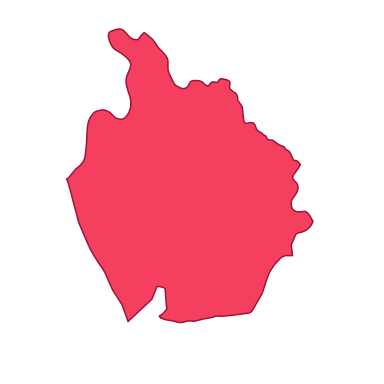 Can Gio, Vietnam (orthographic projection), rotated 15°
{"feature_id": "81297802B7702852417854", "entity_name": "Can Gio", "entity_type": "district", "adm_level": 2, "iso_a3": "VNM", "parent_name": "Vietnam", "parent_adm1": "", "projection": "orthographic", "projection_center": [106.861, 10.519], "detail": "fine", "context": "isolated", "style": "filled", "palette": "rose", "viewbox_px": 384, "rotation_deg": 15, "n_neighbors": 0, "source": "geoboundaries", "source_scale": "gbopen_adm2", "svg_char_len": 5798}
<svg xmlns="http://www.w3.org/2000/svg" viewBox="0 0 384 384"><g transform="rotate(15 192 192)"><path d="M67.6,211.9L70.7,216.2L71.8,218.3L73.3,220.7L75.7,224.7L77.5,228.1L78.9,230.5L80.0,232.5L80.8,233.9L81.6,235.3L82.0,236.0L82.6,237.1L82.8,237.4L83.6,238.7L85.3,241.6L87.2,245.0L88.1,246.7L90.9,251.4L100.7,263.8L104.4,268.5L104.6,268.7L108.4,273.4L113.6,278.7L118.9,283.6L122.6,286.8L126.0,289.6L128.0,291.6L129.0,292.6L130.7,294.8L140.5,307.0L153.6,319.0L163.8,333.6L181.0,306.0L182.7,292.3L185.2,291.8L189.3,291.6L190.9,292.3L191.7,294.3L196.7,308.6L197.5,309.9L197.8,311.1L197.5,312.4L196.4,314.9L195.5,316.8L193.4,319.5L192.6,320.0L192.6,320.4L193.0,320.8L194.4,321.8L199.2,322.2L207.7,321.5L211.5,321.5L213.7,321.3L215.5,320.9L217.3,320.0L220.0,318.4L222.3,317.3L223.5,317.2L224.5,316.6L225.8,316.5L226.8,316.6L227.5,316.4L229.2,315.4L236.1,311.6L243.5,308.1L245.7,306.7L246.7,306.0L248.0,305.5L249.2,305.2L252.0,304.6L254.9,303.6L257.6,302.6L267.7,298.7L268.8,298.2L274.3,295.8L275.8,295.2L277.7,294.5L278.7,293.9L279.4,293.4L280.0,292.6L280.9,291.1L281.3,289.7L281.7,288.3L282.2,286.2L282.4,285.6L286.1,271.5L287.0,254.9L287.9,248.4L290.5,240.6L295.0,232.3L298.4,229.4L305.6,227.4L301.5,217.4L302.8,208.9L303.1,206.8L303.7,205.6L304.1,204.9L305.1,204.1L308.2,202.5L310.0,201.2L311.9,199.5L313.5,197.6L314.5,196.0L315.0,194.9L315.5,193.8L315.9,192.6L316.1,191.7L316.3,189.7L316.4,189.1L313.6,186.1L312.5,184.9L310.7,183.4L308.2,181.9L306.2,181.5L304.9,181.8L303.0,182.7L299.8,183.6L298.1,183.9L295.8,183.6L294.4,183.1L293.3,182.1L292.1,180.7L291.4,179.2L290.8,177.2L290.4,175.1L290.5,173.3L290.7,173.0L290.9,172.6L291.5,171.0L292.2,169.0L293.2,165.8L293.6,163.4L293.6,161.7L293.2,160.0L292.5,158.3L291.7,157.3L290.8,156.3L287.8,154.6L286.5,153.4L285.8,152.4L285.4,151.4L285.3,150.9L285.4,150.2L285.7,149.0L286.0,148.1L286.3,147.4L286.9,146.0L287.5,144.4L288.0,143.0L288.4,142.1L288.7,141.1L289.0,139.9L289.2,139.0L289.6,137.5L289.2,137.3L288.7,136.8L288.0,136.3L286.7,135.5L286.0,135.1L285.4,134.9L284.9,134.8L284.4,134.8L283.9,134.8L283.4,134.9L283.0,134.9L282.5,135.0L282.1,134.9L281.8,134.7L281.5,134.5L280.4,133.3L279.2,131.9L277.6,129.8L276.9,129.0L276.3,128.4L275.7,127.9L275.3,127.7L274.4,127.3L273.7,127.1L273.0,127.0L272.3,126.9L271.8,126.6L271.2,126.3L270.3,125.5L269.5,124.8L268.9,124.5L268.3,124.3L267.7,124.3L266.6,124.3L264.3,123.9L262.9,123.5L259.4,122.3L258.1,121.7L257.2,121.3L256.5,121.1L256.0,121.1L255.0,121.4L254.1,121.6L253.1,121.7L252.5,121.7L251.8,121.7L251.4,121.5L251.1,121.3L250.6,120.9L250.1,120.4L249.8,119.9L249.4,119.3L248.7,118.8L248.1,118.6L247.4,118.5L246.9,118.5L246.6,118.5L245.8,118.1L244.6,117.4L243.6,116.9L242.8,116.6L241.2,116.2L240.0,115.9L238.9,115.3L238.0,114.6L237.0,113.0L235.9,111.7L235.1,110.6L234.6,110.0L233.9,109.6L233.2,109.5L232.3,109.4L231.3,109.6L230.6,109.8L229.7,110.2L229.0,110.6L228.2,111.0L227.2,111.4L226.5,111.6L225.6,111.5L225.0,111.3L224.5,110.9L223.6,109.6L222.5,107.1L219.9,100.2L218.8,97.4L218.0,96.3L217.1,95.4L216.3,94.7L214.6,93.3L213.3,92.3L213.1,92.2L212.5,91.6L212.1,90.6L211.6,88.8L210.9,87.5L210.0,86.5L209.1,85.6L208.3,85.2L207.1,84.8L206.1,84.4L205.3,84.2L204.9,84.0L203.9,83.5L202.6,82.9L201.4,81.7L201.0,80.4L200.9,79.6L200.9,78.8L200.8,78.0L200.6,77.5L200.2,76.6L200.1,76.2L199.9,75.8L199.6,75.5L198.8,75.1L197.7,74.8L196.4,74.7L193.0,74.7L191.9,74.9L190.9,75.1L190.6,75.1L190.1,75.4L189.6,76.1L189.3,76.5L189.0,77.0L188.8,78.0L188.5,78.9L188.1,79.4L187.5,79.9L187.0,80.1L185.9,80.0L185.0,79.9L184.3,80.0L183.4,80.4L182.5,80.9L182.2,81.3L181.8,82.0L181.4,83.1L180.9,84.2L180.3,85.0L179.5,85.5L178.8,85.6L178.2,85.4L177.1,85.0L175.4,84.0L173.8,83.3L172.5,82.9L171.5,82.7L170.2,82.7L168.8,82.9L167.4,83.2L165.4,83.7L164.1,84.2L162.5,85.3L162.3,85.6L161.8,86.5L161.4,87.6L161.1,89.4L160.7,90.7L160.2,92.0L159.6,92.7L158.4,93.7L157.3,94.2L156.4,94.5L155.7,94.5L154.5,94.5L152.7,94.2L150.6,93.8L149.1,93.4L147.8,92.7L146.3,91.6L142.8,87.7L140.6,85.0L139.5,83.7L137.4,80.6L137.1,79.7L136.5,77.9L136.2,76.5L135.7,74.7L135.4,73.6L134.5,70.8L133.0,68.7L130.8,66.7L127.2,64.2L122.9,61.8L120.7,60.1L119.9,59.3L119.0,58.5L116.2,56.1L114.5,54.9L113.2,54.2L111.6,53.4L107.3,51.4L104.4,50.4L103.1,52.7L102.7,53.5L102.0,55.0L100.6,58.5L100.2,58.9L99.5,59.1L98.6,59.3L97.8,59.5L96.9,59.6L96.1,59.6L95.5,59.6L94.9,59.5L93.9,59.3L92.9,59.0L92.2,58.8L91.6,58.5L89.4,57.0L85.9,54.8L84.7,54.0L84.1,53.7L83.5,53.5L82.7,53.3L81.4,53.1L79.8,53.3L77.8,54.1L75.2,55.5L73.4,56.8L71.9,58.0L71.3,58.5L71.0,59.0L70.8,59.3L70.7,59.8L70.7,60.2L70.6,60.8L70.6,61.2L70.7,61.9L70.8,62.6L70.9,63.0L71.2,63.8L71.6,64.6L72.3,65.9L73.0,67.2L73.6,68.0L74.4,68.9L75.3,70.1L76.5,71.4L77.8,72.6L78.7,73.3L80.5,74.2L81.1,74.4L81.4,74.5L82.6,74.8L83.0,74.9L85.0,75.5L86.5,76.0L87.2,76.1L91.3,77.8L94.4,79.3L96.9,80.9L98.3,82.3L99.3,83.6L99.6,84.1L99.7,84.3L99.8,84.5L100.0,85.7L100.1,86.7L100.2,88.2L100.0,89.5L99.9,91.0L99.1,96.2L99.1,99.6L99.8,102.8L100.8,105.3L102.7,108.7L104.7,112.0L105.8,113.6L106.9,115.2L107.7,116.5L107.8,116.7L109.3,120.0L109.8,121.5L110.2,123.1L110.6,125.0L110.8,126.0L110.7,128.9L110.5,130.7L110.1,132.6L109.6,134.4L108.8,136.4L108.6,136.6L107.9,137.9L106.5,139.2L105.1,139.9L103.9,140.3L102.7,140.4L101.3,140.3L99.6,140.3L98.2,139.9L95.9,138.6L93.2,136.9L92.9,136.8L91.2,136.2L89.8,135.9L88.0,135.7L87.1,135.6L86.0,135.5L84.8,135.7L83.1,136.4L82.6,136.6L81.5,137.2L81.0,137.5L80.4,137.9L79.6,138.3L79.0,138.7L78.5,139.0L78.1,139.4L77.6,139.7L77.2,140.2L76.9,140.5L76.1,142.0L75.5,143.8L74.9,145.0L74.4,146.5L74.0,148.7L73.8,151.4L73.8,152.4L73.9,153.4L74.2,156.5L74.8,159.4L74.8,159.6L77.9,174.2L79.6,185.9L79.6,186.1L79.5,188.3L79.2,190.2L78.7,191.9L78.1,193.3L77.0,195.3L75.8,197.1L73.8,200.0L72.7,202.3L71.2,205.5L70.1,208.0L69.4,209.8L68.3,211.1L67.6,211.9Z" fill="#f43f5e" stroke="#9f1239" stroke-width="1.5"/></g></svg>